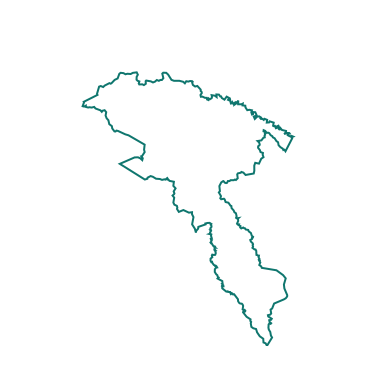 outline of Vinces, Los Rios, Ecuador, rotated 117°
{"feature_id": "8360857B65824722348178", "entity_name": "Vinces", "entity_type": "district", "adm_level": 2, "iso_a3": "ECU", "parent_name": "Ecuador", "parent_adm1": "Los Rios", "projection": "natural_earth1", "projection_center": [-79.685, -1.523], "detail": "fine", "context": "isolated", "style": "outline", "palette": "teal", "viewbox_px": 384, "rotation_deg": 117, "n_neighbors": 0, "source": "geoboundaries", "source_scale": "gbopen_adm2", "svg_char_len": 6004}
<svg xmlns="http://www.w3.org/2000/svg" viewBox="0 0 384 384"><g transform="rotate(117 192 192)"><path d="M242.9,145.2L244.8,144.3L245.7,143.0L245.1,142.4L246.0,141.6L247.1,139.4L246.9,137.5L247.5,137.4L247.2,136.3L247.8,135.4L248.3,136.1L250.4,136.6L252.9,135.4L254.3,133.1L254.6,131.7L256.0,130.4L256.1,129.5L257.5,129.9L257.6,124.6L259.5,123.3L260.1,123.6L260.3,122.7L261.7,122.7L261.5,122.1L262.1,122.3L262.2,121.7L262.6,122.2L264.1,121.3L265.2,116.2L264.3,115.1L264.7,114.5L263.8,112.7L265.0,111.4L264.4,111.3L264.7,110.2L264.1,110.3L264.4,108.4L264.0,108.0L266.7,102.4L268.4,101.3L269.4,99.6L269.5,98.5L268.9,96.9L269.3,95.8L270.3,94.7L273.6,93.6L273.7,92.3L273.1,91.7L273.7,90.5L274.6,90.6L275.4,92.0L276.0,91.9L278.4,86.7L278.9,82.0L280.3,81.6L280.9,80.3L282.2,80.1L285.2,77.9L285.6,75.5L285.0,72.7L287.5,70.3L289.8,66.1L290.4,61.9L293.6,60.0L293.4,57.7L294.5,56.1L294.1,55.3L285.3,54.6L284.1,56.5L281.2,58.7L279.7,61.1L278.2,62.3L275.2,63.6L274.1,63.4L273.8,62.1L273.0,61.9L272.6,63.8L271.2,65.0L269.9,63.5L268.7,63.4L268.3,67.6L267.3,68.4L265.7,66.6L264.3,66.3L261.1,68.6L259.4,67.7L254.1,68.2L246.0,61.4L244.1,60.2L241.9,59.8L240.7,60.3L236.0,65.9L232.7,68.1L226.4,69.3L224.7,73.1L223.4,81.2L227.9,95.4L226.9,96.5L226.5,98.9L223.7,99.2L223.2,100.2L222.4,100.4L222.6,101.1L222.0,101.8L221.0,101.5L220.1,102.9L218.6,103.4L219.0,103.8L218.5,104.6L218.8,106.0L215.2,108.1L214.4,109.3L214.8,110.2L214.3,112.8L212.9,112.8L211.8,113.9L211.0,113.8L210.2,114.5L209.4,117.1L208.3,118.3L206.6,117.2L205.7,117.7L205.1,117.1L204.2,117.2L203.9,118.8L201.8,120.9L201.3,123.6L200.3,124.7L201.0,127.1L200.3,128.4L200.6,129.1L200.4,130.2L202.1,131.6L201.7,133.0L200.4,133.3L200.4,135.3L199.5,135.4L200.1,136.8L199.8,137.5L196.8,137.7L194.9,139.0L194.1,138.7L195.2,140.2L195.0,141.0L193.4,141.2L191.0,143.2L190.8,145.0L189.5,146.5L188.4,149.4L186.6,150.6L186.7,151.5L185.0,154.7L185.7,157.5L183.8,159.5L183.5,160.5L185.2,162.7L184.8,163.9L182.5,164.3L180.2,167.9L178.6,167.5L174.3,170.3L170.2,170.3L168.3,169.3L168.0,168.9L168.8,167.0L168.6,165.7L167.8,164.9L166.0,165.0L165.2,163.5L164.0,163.0L162.5,160.1L161.4,159.4L161.4,158.3L159.0,157.5L155.8,159.7L154.6,159.6L152.7,157.3L151.7,157.1L151.4,155.0L152.5,152.0L147.5,145.4L144.8,146.1L140.2,148.5L137.3,148.9L136.3,145.2L130.9,145.4L128.5,144.1L126.8,145.9L125.0,146.5L125.3,149.1L123.8,150.6L122.6,153.2L121.2,153.8L119.7,153.1L118.8,153.3L117.4,154.7L116.8,156.7L114.5,153.6L111.2,153.0L110.3,152.0L108.7,153.0L107.8,152.8L107.0,153.6L105.9,153.6L105.4,154.6L105.5,155.8L104.4,156.2L104.3,154.6L105.4,152.2L104.6,151.2L104.5,149.9L105.7,147.7L105.8,145.8L106.6,144.8L106.6,142.8L108.3,139.9L108.6,137.9L111.0,136.1L111.9,133.6L112.2,130.8L113.1,129.7L112.4,129.2L112.5,128.6L113.3,127.2L98.8,127.1L98.2,128.2L96.7,127.0L96.8,128.6L98.0,130.3L97.9,132.6L96.6,133.0L95.6,131.5L95.3,132.1L96.2,133.9L98.5,136.2L95.9,135.4L94.9,135.9L95.9,140.0L94.9,142.2L96.4,142.2L96.6,142.7L96.4,143.3L94.5,144.1L93.7,145.1L94.8,146.0L95.7,144.9L97.1,146.2L95.5,148.1L96.2,148.9L96.2,149.8L93.1,150.7L93.8,154.9L95.0,154.9L96.2,156.9L93.6,157.8L93.9,160.7L95.2,160.8L94.9,162.3L95.6,163.7L95.2,164.6L94.3,164.4L94.1,166.5L95.3,168.2L98.4,169.2L96.7,171.2L94.4,169.1L92.2,171.8L93.0,173.8L94.9,173.0L95.7,173.7L94.0,175.4L92.0,175.7L92.7,178.2L94.0,179.9L92.4,182.7L90.9,183.7L91.9,186.3L90.2,186.9L91.4,187.8L92.9,190.7L89.5,192.3L91.2,192.4L91.9,193.3L93.1,192.8L95.1,193.9L93.3,194.6L94.6,195.3L93.6,196.9L95.0,196.9L95.5,197.5L93.4,199.3L93.5,201.7L92.3,201.6L91.9,200.4L91.4,200.8L91.3,204.4L95.0,205.0L94.7,208.1L93.6,209.5L94.0,210.3L93.0,212.2L94.0,214.5L96.2,213.2L95.8,215.3L96.8,218.5L98.3,217.3L99.5,217.1L101.3,218.2L101.1,219.6L102.6,219.2L102.7,220.6L101.4,221.6L102.2,223.2L102.3,226.1L103.1,227.3L101.7,228.5L99.3,228.2L98.3,229.1L98.1,230.1L96.8,230.8L95.1,235.4L96.6,237.1L96.2,239.8L94.5,241.5L93.5,241.4L93.2,242.2L94.0,244.1L95.3,245.4L95.9,247.4L98.4,247.7L97.8,249.9L98.7,253.9L101.1,258.5L101.4,261.2L98.2,266.6L97.5,269.1L98.8,271.8L100.0,272.2L103.6,269.2L105.9,269.7L106.5,271.0L108.0,272.0L108.2,274.2L110.5,275.1L112.1,276.5L112.1,278.9L113.5,283.4L114.3,283.6L116.5,282.3L118.6,283.4L118.6,285.1L120.1,287.8L119.5,288.7L117.4,289.1L117.6,291.0L117.1,292.4L114.5,293.6L112.1,293.5L110.5,295.6L112.7,298.8L114.7,300.2L116.0,303.3L117.3,304.7L117.2,307.0L118.2,309.7L119.7,310.4L124.6,309.8L127.2,311.8L131.6,313.1L132.4,313.6L132.5,315.0L136.8,318.1L138.8,318.8L139.0,321.4L140.3,322.6L147.7,321.2L148.4,320.3L160.8,329.4L161.1,328.9L165.2,328.4L164.9,327.0L163.3,325.8L164.4,325.3L163.9,322.9L163.0,321.8L162.3,319.7L160.6,317.8L161.4,315.9L160.8,310.7L161.5,308.8L160.2,308.6L158.8,307.0L159.8,304.7L163.1,303.7L165.1,301.5L166.0,299.1L169.1,296.5L169.7,293.3L171.6,291.9L173.2,288.6L172.8,287.6L171.6,287.2L171.2,285.7L170.9,277.6L170.3,274.3L171.3,255.7L176.1,253.9L177.9,252.3L182.6,252.8L183.2,253.4L184.3,251.2L186.2,250.8L185.5,253.3L185.6,255.8L187.2,258.8L199.7,269.1L202.3,239.7L200.5,237.8L199.4,238.1L196.6,236.1L196.2,233.8L196.5,230.1L195.0,226.5L194.8,224.2L193.2,222.3L193.1,221.4L190.8,220.4L191.2,219.7L191.4,220.2L192.1,219.8L191.8,218.3L192.3,217.1L191.1,212.8L195.0,211.4L196.2,208.3L199.8,208.6L201.3,207.0L202.1,207.0L204.0,207.7L205.1,205.3L209.9,203.8L211.3,201.9L211.2,199.2L212.5,198.0L213.9,197.7L215.7,194.7L212.0,191.5L211.8,185.4L210.0,182.8L211.8,181.9L213.7,179.3L220.8,177.2L223.4,172.8L226.4,170.1L224.7,170.6L221.9,169.9L220.2,170.5L214.7,165.2L214.0,165.8L212.6,164.2L211.5,162.3L211.7,160.3L212.7,160.5L213.0,159.6L214.2,158.8L216.0,159.2L217.4,157.8L217.7,158.3L218.1,157.4L219.8,157.6L220.6,156.7L221.6,157.6L221.1,155.5L222.4,155.2L224.2,153.4L225.1,154.1L225.9,153.4L225.8,152.5L227.4,152.5L228.0,152.0L228.6,152.5L229.1,151.7L229.1,150.7L230.4,148.6L230.2,146.9L230.9,147.0L231.1,145.9L231.3,146.3L232.8,146.1L233.0,145.2L233.7,145.2L233.7,144.2L234.2,144.4L235.6,143.1L237.4,142.8L238.2,143.9L238.6,145.5L239.6,145.5L240.9,144.3L242.9,145.2Z" fill="none" stroke="#0f766e" stroke-width="2"/></g></svg>